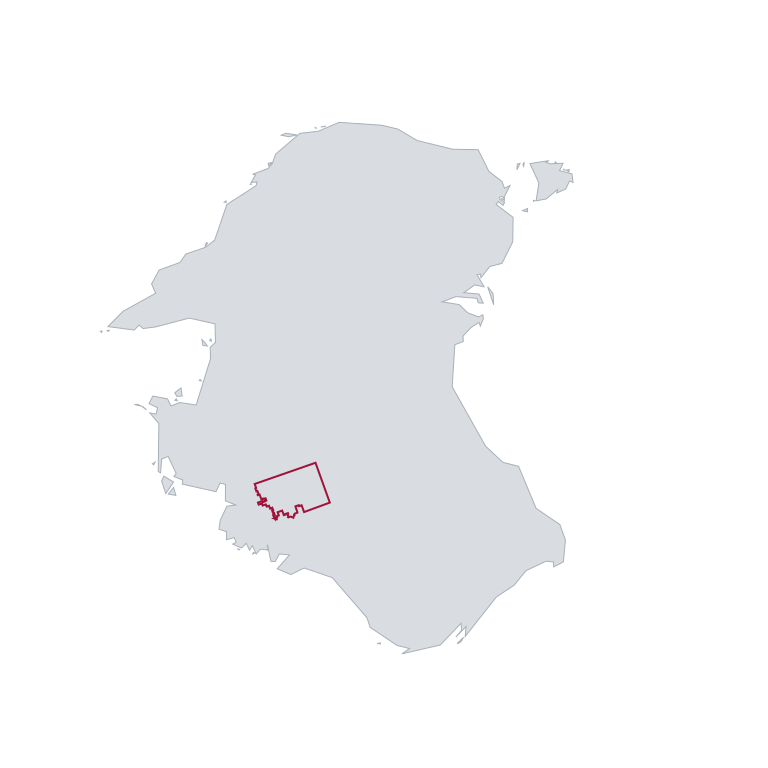 location of Halls Creek, Western Australia, Australia, rotated 250°
{"feature_id": "25037944B45139039746134", "entity_name": "Halls Creek", "entity_type": "district", "adm_level": 2, "iso_a3": "AUS", "parent_name": "Australia", "parent_adm1": "Western Australia", "projection": "orthographic", "projection_center": [126.613, -19.001], "detail": "fine", "context": "in_parent", "style": "outline", "palette": "rose", "viewbox_px": 768, "rotation_deg": 250, "n_neighbors": 0, "source": "geoboundaries", "source_scale": "gbopen_adm2", "svg_char_len": 5626}
<svg xmlns="http://www.w3.org/2000/svg" viewBox="0 0 768 768"><g transform="rotate(250 384 384)"><path d="M541.6,163.8L547.4,200.5L557.5,199.8L568.0,211.7L568.0,233.9L573.9,242.3L573.5,262.9L577.1,274.1L606.4,297.7L614.1,331.6L617.3,333.8L618.8,328.1L624.6,334.9L626.0,332.2L626.2,348.9L629.3,354.4L637.0,360.7L648.3,390.6L644.0,408.7L645.2,431.4L627.9,470.4L618.9,484.1L601.4,498.5L581.0,529.0L572.0,552.6L547.8,555.3L534.0,564.1L526.7,564.2L527.4,570.3L518.2,560.4L520.2,558.6L519.9,556.4L517.9,556.1L513.4,559.4L511.1,556.9L516.4,553.8L514.4,550.8L496.4,562.3L473.6,553.6L457.0,536.1L458.2,523.5L450.7,511.5L454.4,512.2L454.8,508.8L441.1,511.3L446.1,503.1L442.5,490.3L436.0,504.1L426.0,504.9L428.1,500.3L432.7,500.6L441.5,481.6L441.3,466.8L432.9,481.8L422.3,487.0L414.7,495.8L415.2,500.5L411.4,499.7L405.4,494.3L409.4,494.4L407.4,485.2L402.0,474.6L396.8,473.0L396.7,464.0L358.1,447.1L290.8,458.2L269.7,468.9L260.7,482.3L215.1,484.4L191.7,501.2L175.2,501.1L155.5,491.7L154.1,480.9L158.8,482.4L162.1,475.6L160.0,453.6L150.4,437.4L145.4,416.6L119.0,374.0L128.1,378.2L121.6,365.0L126.1,372.7L132.8,374.6L119.5,347.6L124.3,308.6L126.7,317.5L133.7,307.0L160.1,287.7L170.0,288.1L219.8,269.1L238.4,246.0L236.8,231.3L246.9,220.5L255.7,236.7L260.1,227.5L254.4,221.1L256.1,217.1L273.0,219.5L267.7,218.0L271.1,211.5L268.0,205.8L277.1,205.0L273.8,200.8L281.4,200.1L278.7,194.0L285.3,187.0L285.8,191.1L291.0,190.6L291.5,182.8L299.1,185.5L304.0,179.3L312.1,183.6L322.9,194.6L321.0,203.3L328.4,195.0L343.9,200.7L347.0,196.0L340.3,189.3L358.9,160.2L362.5,162.1L368.9,154.9L371.0,158.1L389.8,156.4L389.4,149.3L376.9,143.7L379.0,141.9L423.8,158.9L437.0,154.0L433.7,159.6L439.1,163.1L446.0,156.5L451.7,162.7L444.1,175.5L436.3,176.2L436.4,185.8L428.5,200.3L467.2,229.7L477.9,233.2L480.8,239.9L498.3,245.8L512.6,223.4L515.7,189.2L518.5,176.6L523.2,173.9L520.1,167.8L532.4,144.2L541.6,163.8ZM504.1,589.6L519.9,598.3L541.2,596.5L537.5,615.4L537.1,611.9L534.0,615.6L530.2,627.8L524.5,621.9L517.2,632.5L508.8,630.6L511.3,627.7L505.1,621.5L504.4,611.7L507.4,613.7L502.4,599.6L504.1,589.6ZM355.7,141.5L368.8,141.8L372.7,145.6L363.9,152.7L355.7,141.5ZM420.9,514.1L440.0,514.7L431.5,517.4L420.9,514.1ZM447.4,184.4L449.7,191.9L441.7,190.2L443.2,185.1L447.4,184.4ZM647.8,387.3L649.0,378.9L653.0,372.5L653.2,377.6L647.8,387.3ZM539.9,582.2L545.2,584.6L544.7,587.2L539.9,582.2ZM354.3,143.6L358.8,150.9L350.5,150.3L354.3,143.6ZM499.9,578.9L496.7,577.8L499.5,573.5L499.9,578.9ZM488.0,228.1L484.0,230.0L480.1,231.0L482.3,227.0L488.0,228.1ZM118.8,372.1L115.5,368.3L114.8,364.6L115.3,364.3L118.8,372.1ZM542.8,589.6L544.6,591.7L540.7,589.7L542.8,589.6ZM628.4,350.3L631.1,350.7L630.4,354.4L628.4,350.3ZM574.5,262.7L577.5,265.3L576.8,266.5L574.5,262.7ZM522.6,628.5L522.0,631.5L520.2,630.3L522.6,628.5ZM647.1,412.4L646.4,417.0L646.1,416.8L647.1,412.4ZM388.9,142.1L386.8,140.0L388.2,139.0L388.9,142.1ZM449.3,145.2L446.1,148.7L450.0,142.5L449.3,145.2ZM648.6,407.1L647.1,408.4L648.3,406.9L648.6,407.1ZM451.2,212.7L449.4,213.4L450.5,211.6L451.2,212.7ZM441.1,183.8L438.9,184.1L440.3,181.9L441.1,183.8ZM142.4,288.9L142.0,292.0L141.0,291.8L142.4,288.9ZM528.8,142.1L528.5,144.6L527.8,142.7L528.8,142.1ZM517.7,557.3L517.8,558.8L517.3,558.3L517.7,557.3ZM445.2,149.7L440.9,152.0L445.4,149.1L445.2,149.7ZM279.0,190.4L277.4,192.1L278.4,190.1L279.0,190.4ZM524.4,626.5L523.2,626.9L524.0,625.9L524.4,626.5ZM485.6,236.7L483.3,236.5L484.6,235.1L485.6,236.7ZM270.4,203.7L269.3,204.7L269.2,202.4L270.4,203.7ZM534.1,621.1L532.4,621.8L533.3,620.2L534.1,621.1ZM530.5,135.5L530.2,137.2L529.0,136.2L530.5,135.5ZM516.4,559.1L517.6,560.7L515.2,560.0L516.4,559.1ZM610.1,298.1L608.7,298.0L609.5,296.1L610.1,298.1ZM617.6,327.7L616.9,327.6L617.7,326.2L617.6,327.7ZM505.4,587.3L504.7,588.4L504.6,586.9L505.4,587.3Z" fill="#d9dde1" stroke="#a8b0b8" stroke-width="1"/><path d="M291.0,265.2L291.1,292.5L333.4,292.7L334.3,228.3L332.5,228.3L330.1,228.3L330.1,228.2L330.0,227.9L330.0,227.7L329.9,227.6L329.9,227.4L326.7,227.4L326.7,228.5L323.3,228.5L323.3,227.4L322.7,227.4L322.7,229.3L321.8,229.3L317.8,229.3L317.7,231.1L317.2,231.1L317.2,232.0L315.6,232.0L315.6,232.8L317.1,232.8L317.1,233.6L314.7,233.6L314.7,232.0L314.4,232.0L314.4,230.7L314.3,229.6L315.7,229.6L315.7,225.0L313.5,225.0L313.5,228.4L311.3,228.4L311.3,231.7L310.0,231.7L310.0,232.0L308.9,232.0L308.9,234.3L307.7,234.3L306.0,234.3L306.0,236.7L303.7,236.7L303.7,235.6L303.4,235.7L303.2,235.7L302.9,235.7L302.7,235.7L302.4,235.7L302.2,235.7L302.2,235.8L302.1,235.7L302.0,235.8L301.9,235.8L301.7,235.8L301.6,236.0L301.4,235.9L301.2,235.9L301.2,236.0L300.9,236.0L300.7,236.0L300.6,235.9L300.5,236.0L300.4,236.0L300.2,235.9L300.2,236.6L298.7,236.6L298.7,235.0L297.1,235.0L297.1,235.8L295.2,235.8L295.2,235.0L295.0,235.3L294.9,235.4L294.7,235.4L294.5,235.5L294.4,235.5L294.3,235.8L294.2,235.8L294.3,235.9L294.3,236.0L294.2,236.0L294.2,236.3L293.9,236.4L293.9,236.5L293.7,236.6L293.7,236.8L293.4,236.9L293.2,236.9L292.9,236.8L293.0,236.9L293.0,237.0L292.9,237.0L295.3,237.2L295.3,238.0L296.5,238.0L296.5,240.2L299.9,240.2L299.9,245.0L295.0,245.0L295.0,246.2L295.6,246.2L295.6,246.7L295.6,247.4L295.5,249.6L294.6,249.6L293.6,248.5L293.3,248.5L293.2,248.5L292.9,248.7L292.7,248.8L292.4,248.8L292.2,248.8L292.0,248.7L291.8,248.5L291.7,248.4L291.5,248.7L291.4,248.7L291.4,248.9L291.5,248.9L291.4,248.9L291.4,250.1L291.4,251.0L290.8,251.5L289.5,252.9L289.9,253.0L290.3,253.8L291.1,254.3L291.1,254.5L291.3,254.6L291.3,255.0L291.6,255.1L291.8,255.1L292.1,255.0L292.7,255.7L292.7,258.6L293.6,258.8L297.0,258.8L299.3,258.9L299.3,262.4L298.2,262.4L298.2,265.1L297.4,265.1L291.0,265.1L291.0,265.2Z" fill="none" stroke="#9f1239" stroke-width="2"/></g></svg>